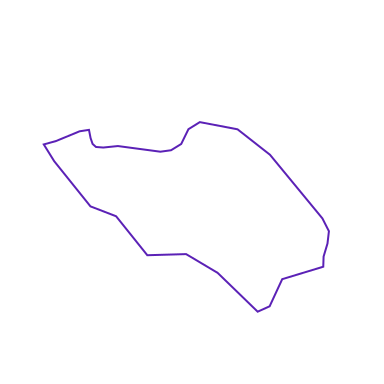 map outline of Sopron (Natural Earth projection), rotated 32°
{"feature_id": "HUN-4904", "entity_name": "Sopron", "entity_type": "Urban county", "adm_level": 1, "iso_a3": "HUN", "parent_name": "Hungary", "parent_adm1": "", "projection": "natural_earth1", "projection_center": [16.553, 47.692], "detail": "fine", "context": "isolated", "style": "outline", "palette": "violet", "viewbox_px": 384, "rotation_deg": 32, "n_neighbors": 0, "source": "natural_earth", "source_scale": "10m", "svg_char_len": 528}
<svg xmlns="http://www.w3.org/2000/svg" viewBox="0 0 384 384"><g transform="rotate(32 192 192)"><path d="M197.4,114.7L238.4,119.1L316.6,145.3L328.9,152.7L334.2,163.9L337.8,177.0L342.9,185.8L314.7,218.1L318.4,247.8L311.1,258.7L256.6,247.0L219.9,247.8L187.6,269.3L140.5,252.8L113.5,258.0L58.8,238.9L41.1,230.2L49.7,220.8L64.5,200.1L71.7,193.9L77.4,200.0L82.2,203.9L86.7,204.7L93.2,201.3L104.8,192.3L143.8,174.6L152.1,167.7L157.4,157.0L155.7,140.6L161.6,128.6L197.4,114.7Z" fill="none" stroke="#5b21b6" stroke-width="2"/></g></svg>